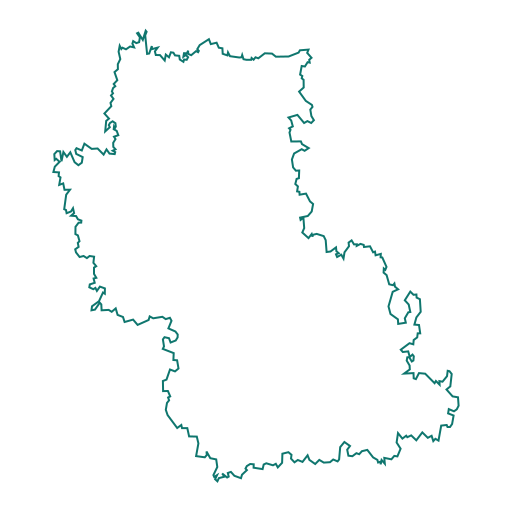 the district of Netrakona, Dhaka, Bangladesh
{"feature_id": "16705992B47191620994273", "entity_name": "Netrakona", "entity_type": "district", "adm_level": 2, "iso_a3": "BGD", "parent_name": "Bangladesh", "parent_adm1": "Dhaka", "projection": "equal_earth", "projection_center": [90.87, 24.887], "detail": "fine", "context": "isolated", "style": "outline", "palette": "teal", "viewbox_px": 512, "rotation_deg": 0, "n_neighbors": 0, "source": "geoboundaries", "source_scale": "gbopen_adm2", "svg_char_len": 5952}
<svg xmlns="http://www.w3.org/2000/svg" viewBox="0 0 512 512"><path d="M433.3,441.1L435.4,438.8L438.5,440.6L441.2,425.6L446.7,425.0L447.5,427.0L450.0,427.0L452.1,424.0L453.6,415.5L448.1,413.4L448.8,409.1L454.0,411.3L456.8,409.3L458.6,405.7L458.0,397.3L452.6,396.4L446.5,389.5L450.3,386.4L451.7,374.0L449.5,371.2L447.7,370.8L447.0,376.2L442.5,381.7L439.4,381.1L439.6,384.7L435.9,381.0L434.6,383.2L425.2,373.7L419.0,373.1L415.9,379.1L413.7,378.3L413.5,373.1L404.1,373.6L409.8,369.4L409.6,365.5L406.7,360.6L407.3,357.3L409.2,357.2L411.8,361.5L413.4,360.5L413.8,356.3L412.5,354.6L409.8,357.0L408.2,351.4L402.8,352.0L400.8,349.7L409.5,343.2L413.3,344.3L413.7,340.0L417.2,337.4L417.7,333.3L420.2,333.3L419.0,325.0L414.4,324.6L416.4,317.4L420.7,311.8L419.9,299.2L416.6,297.6L416.4,294.5L413.5,294.8L410.3,291.6L404.8,300.3L408.7,304.5L410.3,312.0L408.3,312.3L404.8,318.3L405.8,322.7L398.2,323.9L397.9,319.3L390.5,314.0L388.5,306.4L392.7,291.8L398.1,289.3L395.0,286.7L394.4,283.5L393.0,285.2L389.2,284.3L386.6,275.1L383.6,272.6L383.8,268.5L385.3,269.8L386.5,266.9L382.3,257.5L380.6,257.3L380.8,253.9L375.6,255.3L375.0,251.6L373.1,252.3L370.0,246.3L364.0,247.0L363.7,244.9L360.5,243.9L356.7,245.9L356.8,244.3L354.0,244.4L351.6,240.4L348.6,242.6L349.0,246.2L344.5,252.3L343.5,258.6L341.3,254.7L337.1,257.0L336.0,254.3L338.7,253.2L336.4,251.2L336.0,247.4L330.5,251.5L326.6,252.0L325.7,240.2L323.7,236.1L316.7,233.9L312.9,234.8L312.5,236.7L311.7,234.0L308.5,238.1L302.3,232.5L304.2,228.1L303.4,217.7L300.6,219.9L300.1,217.6L307.8,216.0L311.7,211.5L313.1,204.0L310.0,201.4L306.0,193.6L299.6,194.7L299.4,191.8L297.1,191.4L297.9,186.4L295.3,184.0L296.6,178.9L298.9,178.2L299.2,170.5L295.9,170.7L293.1,167.4L291.9,159.5L294.1,153.5L301.7,149.2L304.6,150.8L308.7,148.1L302.0,144.1L300.9,141.4L291.3,141.5L289.5,132.5L290.5,129.8L289.1,128.3L292.8,126.4L291.2,120.5L288.5,117.5L297.4,114.9L304.1,123.0L307.4,121.1L311.2,123.0L313.9,120.2L311.4,116.1L310.3,109.6L312.5,106.9L311.9,104.9L305.8,100.9L299.1,91.6L303.7,87.5L303.6,79.8L301.7,78.3L302.3,76.0L300.1,74.6L301.7,66.0L304.9,66.5L307.6,62.2L309.7,62.6L309.2,59.8L311.5,57.8L307.2,52.9L308.5,49.6L299.9,50.3L298.6,52.6L288.6,56.5L275.9,56.7L272.0,53.6L264.8,53.3L258.3,58.3L255.5,57.3L253.6,59.7L251.6,58.0L251.2,59.8L246.4,59.8L243.5,59.2L242.2,55.0L241.5,57.3L239.3,57.5L230.0,56.2L228.0,52.4L227.4,55.4L222.7,53.8L222.4,48.3L218.8,47.7L216.6,42.7L210.8,44.1L208.9,39.2L199.7,45.1L197.3,49.1L198.8,50.9L198.1,52.2L196.1,51.1L191.2,55.2L188.2,53.9L188.1,50.7L186.9,53.3L184.0,53.2L183.4,56.7L185.9,55.0L188.1,57.2L186.7,59.8L184.1,59.5L183.4,61.8L179.8,59.5L179.2,55.8L175.0,55.4L173.4,52.7L170.9,52.3L169.0,57.3L165.8,54.6L164.7,60.5L160.0,55.1L155.8,55.0L154.9,51.4L157.7,47.6L152.0,49.1L151.8,46.1L149.2,53.5L147.1,53.9L145.2,35.3L146.6,31.8L145.7,30.7L142.8,39.9L138.3,32.7L137.1,33.3L139.9,37.4L139.1,42.2L136.3,43.1L133.2,41.1L132.4,43.6L134.1,47.4L130.1,46.5L126.0,49.3L122.4,47.7L121.3,49.0L119.7,45.8L118.6,51.7L120.3,59.1L117.8,64.2L117.9,69.2L114.5,72.1L117.3,80.2L113.7,84.0L115.3,86.2L113.1,88.0L111.9,91.4L113.0,93.3L111.0,95.5L113.5,98.9L110.5,102.9L111.3,106.2L104.4,113.5L109.0,118.6L106.2,120.9L105.2,131.4L109.8,127.2L108.8,125.1L110.0,123.0L112.6,121.3L115.4,123.2L115.8,126.6L114.7,128.5L114.0,126.9L113.7,129.2L116.7,130.9L118.3,135.2L114.0,136.7L115.5,139.1L113.2,142.8L113.3,146.9L115.5,149.3L112.7,150.7L115.2,152.1L114.7,154.1L109.5,153.6L106.5,149.4L103.6,154.6L97.6,148.5L91.7,148.9L84.4,143.7L81.8,150.5L76.5,148.2L75.3,150.1L76.2,153.9L82.7,157.1L81.8,162.7L78.4,165.2L74.6,162.2L70.3,152.3L66.9,156.8L63.4,152.0L61.5,161.3L60.1,151.3L57.1,151.1L54.3,154.1L54.7,160.0L56.2,158.8L59.6,161.8L54.8,166.7L53.4,172.0L59.0,172.4L58.6,176.1L60.5,177.4L59.2,184.9L63.2,183.4L64.5,189.8L70.0,189.7L66.2,194.7L64.2,209.2L66.0,210.0L66.6,213.2L71.0,211.5L73.0,208.2L74.1,213.1L71.1,215.7L76.1,216.1L77.9,219.3L81.4,220.6L81.2,222.6L78.6,222.7L75.5,226.8L75.4,234.1L77.9,235.4L79.5,241.2L77.8,242.9L78.6,246.9L75.2,249.3L76.0,252.4L79.6,257.0L83.6,256.0L86.9,258.1L89.6,256.0L94.1,256.7L93.4,262.8L96.2,266.2L94.0,267.6L94.0,273.9L96.3,277.8L93.6,278.5L94.7,282.8L89.8,284.4L89.3,287.3L93.3,289.2L95.4,287.9L96.9,290.9L99.9,286.6L104.9,288.4L104.8,293.7L103.0,292.5L99.0,301.2L92.0,306.3L91.5,310.3L95.0,309.6L99.8,302.7L101.3,304.4L101.6,310.3L108.7,309.9L111.7,311.8L115.7,308.4L117.6,314.9L123.0,317.0L124.6,322.0L133.1,319.6L137.6,324.9L148.6,320.0L149.7,316.4L153.2,318.3L162.4,316.8L165.7,319.1L169.9,317.8L171.5,320.8L168.4,328.4L175.4,331.5L177.7,334.5L177.6,337.4L175.7,340.5L170.6,342.5L169.0,338.2L164.5,337.2L162.9,339.4L164.0,346.4L162.8,348.9L173.7,353.1L173.4,360.0L177.1,360.3L178.5,368.5L175.0,371.4L170.0,369.5L166.5,379.6L162.9,381.0L163.1,391.1L167.9,391.0L170.2,396.4L168.1,397.5L169.1,400.3L167.0,402.9L165.8,409.8L167.6,415.1L177.2,428.0L181.3,425.0L182.0,428.1L187.3,428.1L189.1,436.4L196.8,436.6L198.4,443.4L196.1,456.1L204.8,457.3L206.8,455.0L206.5,451.5L210.3,458.2L216.2,459.4L217.3,467.0L213.4,475.1L214.2,476.9L217.0,475.2L215.1,479.2L217.4,481.3L218.9,478.1L224.4,476.7L222.2,473.5L227.1,477.5L228.7,476.6L227.8,473.0L230.9,471.9L234.4,475.8L241.0,478.2L242.0,474.7L246.9,470.1L245.5,468.6L246.8,466.1L250.2,464.0L253.7,464.3L253.6,467.7L262.6,469.1L263.7,464.5L266.3,463.3L273.0,465.3L275.8,463.8L277.8,467.4L282.1,462.8L282.4,453.7L288.4,452.2L291.5,454.8L291.0,458.6L294.5,462.3L297.8,460.0L302.5,461.9L307.6,455.3L309.4,459.9L315.2,464.0L319.3,459.9L323.8,462.6L330.0,462.2L333.2,459.5L337.6,461.4L339.1,459.5L340.2,447.1L344.4,442.0L350.0,446.0L347.2,449.7L348.4,455.7L352.4,456.2L356.4,453.2L359.2,454.2L361.9,451.2L367.3,449.9L373.1,457.4L377.4,459.9L378.1,462.5L380.3,461.7L380.7,464.3L381.6,460.0L384.8,463.7L384.3,457.9L391.4,459.3L394.3,455.9L397.4,456.4L400.6,448.7L396.6,442.5L398.0,433.1L402.4,438.6L406.2,435.7L407.3,437.2L411.2,435.4L416.3,440.3L422.3,432.4L427.8,437.8L431.6,435.8L433.3,441.1Z" fill="none" stroke="#0f766e" stroke-width="2"/></svg>